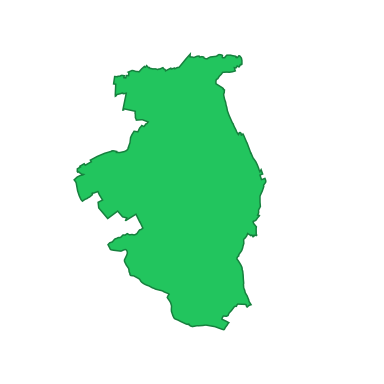 Craciunesti, Mures, Romania (Natural Earth projection), rotated 334°
{"feature_id": "2599482B86140675051410", "entity_name": "Craciunesti", "entity_type": "district", "adm_level": 2, "iso_a3": "ROU", "parent_name": "Romania", "parent_adm1": "Mures", "projection": "natural_earth1", "projection_center": [24.571, 46.464], "detail": "fine", "context": "isolated", "style": "filled", "palette": "green", "viewbox_px": 384, "rotation_deg": 334, "n_neighbors": 0, "source": "geoboundaries", "source_scale": "gbopen_adm2", "svg_char_len": 5993}
<svg xmlns="http://www.w3.org/2000/svg" viewBox="0 0 384 384"><g transform="rotate(334 192 192)"><path d="M195.7,319.2L195.3,315.6L195.4,314.9L195.7,313.8L195.8,311.8L196.0,309.7L195.7,305.8L196.3,303.3L196.4,301.0L197.7,297.7L198.5,296.6L200.0,292.7L201.6,288.9L202.9,285.3L203.1,283.5L203.7,282.4L203.9,280.9L203.9,278.8L203.5,274.4L203.0,271.9L203.6,271.0L204.1,270.5L204.8,270.2L206.1,269.9L206.1,269.5L206.3,269.0L210.9,266.5L212.8,264.7L214.4,262.7L216.0,261.0L217.5,257.5L218.8,256.7L219.1,256.8L219.7,256.6L221.4,255.7L222.1,255.3L223.8,253.7L225.4,256.2L225.4,256.5L225.6,256.9L225.9,257.1L226.5,256.8L227.4,257.7L228.3,258.0L227.1,258.8L227.2,259.0L228.3,258.9L228.7,258.4L229.6,258.5L230.9,259.4L231.1,259.3L231.3,258.8L231.1,258.4L231.2,258.1L233.7,252.8L234.6,251.5L234.1,249.7L234.0,248.9L233.7,248.0L233.7,246.2L234.0,245.3L234.4,245.2L235.7,245.5L237.3,245.3L239.5,244.0L242.1,242.9L242.3,242.7L240.9,241.5L241.6,241.0L242.9,239.7L243.9,237.4L247.1,235.0L248.6,231.1L251.0,226.1L251.6,225.2L255.5,222.0L258.9,218.6L259.1,217.8L259.4,217.2L262.4,215.6L263.1,214.6L263.3,213.8L263.5,212.5L263.5,211.7L261.2,211.6L259.9,211.3L260.5,206.6L263.4,206.8L263.9,202.2L261.9,203.5L262.0,201.6L262.3,199.9L262.6,196.1L262.6,192.5L261.8,187.9L262.1,182.8L261.8,182.8L262.0,181.9L263.0,171.9L262.9,171.3L263.3,163.4L263.2,162.2L262.2,162.6L261.3,162.5L261.2,162.3L261.8,161.0L261.7,160.3L261.3,159.6L260.5,159.4L260.0,160.0L258.9,160.7L258.5,157.9L258.7,155.2L258.6,152.0L258.7,149.7L258.9,149.0L258.6,147.5L258.9,139.5L259.4,134.6L260.4,131.0L260.7,129.0L261.6,125.9L261.9,123.1L262.8,119.3L263.5,117.6L264.4,117.0L265.9,114.5L265.1,113.4L265.1,113.2L265.5,112.8L265.0,111.7L261.0,105.2L262.0,103.0L262.9,101.8L263.5,101.5L264.8,101.5L267.3,99.9L270.0,99.0L272.0,97.9L275.7,99.4L278.0,100.7L280.8,101.6L283.6,102.1L284.0,102.1L284.0,101.6L284.6,98.8L285.9,99.7L287.1,99.1L287.6,98.6L287.9,98.6L288.1,98.8L288.8,100.0L289.2,100.2L289.6,100.1L290.7,99.0L291.6,99.2L291.8,98.8L292.1,98.7L292.7,99.1L292.9,99.0L293.4,98.0L294.5,95.7L295.1,93.4L295.0,92.6L294.6,90.8L294.2,90.3L293.9,90.1L293.7,90.2L291.7,91.1L291.2,90.9L290.6,90.4L291.1,89.9L291.0,89.6L290.5,88.9L288.4,87.4L286.6,85.9L285.9,85.5L283.3,84.3L281.7,84.8L280.6,85.5L280.4,85.3L279.8,85.5L278.5,84.8L278.3,84.6L278.3,84.0L279.0,83.2L279.2,82.6L279.0,82.2L278.1,81.3L276.5,80.3L274.6,80.4L273.9,80.7L273.1,80.6L267.7,78.7L264.9,78.7L264.3,79.0L263.1,78.5L261.6,77.1L261.7,75.9L261.5,75.7L260.7,75.0L259.6,74.4L258.5,74.3L258.0,74.0L257.9,73.8L258.1,73.2L257.9,72.9L256.1,72.2L253.1,72.0L252.4,71.8L251.8,71.1L249.5,69.7L249.8,69.0L250.8,67.3L245.2,69.6L235.0,74.3L233.4,73.7L230.6,73.7L230.6,72.9L227.3,72.4L227.1,72.1L227.2,71.4L221.3,71.5L221.5,70.1L220.6,68.9L220.4,67.5L220.1,67.4L217.3,67.4L215.9,66.9L214.8,66.9L213.3,65.4L210.6,64.1L209.2,62.9L208.5,62.6L208.2,61.4L207.4,61.2L206.6,58.5L205.2,59.3L204.6,59.3L204.3,58.9L204.2,58.3L200.6,59.3L197.0,60.8L196.3,60.1L194.3,59.0L192.6,57.3L191.4,56.5L187.2,56.3L187.6,56.9L187.5,57.1L186.0,59.6L184.0,58.5L182.5,60.4L180.9,59.4L182.1,57.8L180.4,56.6L179.5,56.2L178.0,56.3L176.1,55.5L175.5,55.7L173.1,54.3L168.9,60.5L170.7,61.7L165.7,70.9L165.1,72.3L166.2,72.2L166.2,71.6L166.9,71.4L171.5,72.4L172.4,72.4L173.1,72.7L173.1,73.3L173.6,73.7L176.2,74.4L165.8,88.0L166.5,88.3L167.1,87.4L167.3,87.4L176.2,94.4L176.4,94.7L175.4,96.1L175.1,97.4L173.7,100.4L173.7,101.9L173.5,103.0L179.0,105.2L183.3,109.8L181.6,110.7L181.0,110.9L180.5,110.6L179.9,110.7L179.3,111.3L177.5,112.1L176.0,110.2L175.2,110.7L173.1,111.5L172.3,112.1L169.7,114.2L166.6,112.0L163.2,114.1L160.7,116.1L157.9,120.5L154.2,124.1L154.4,124.3L153.3,125.2L151.4,126.0L149.0,126.0L144.4,124.9L141.4,123.3L142.1,122.6L139.7,120.7L138.2,119.9L137.9,120.2L130.4,118.9L122.4,118.5L114.6,118.8L114.8,120.7L107.8,121.1L107.5,119.3L102.5,119.7L102.7,120.6L99.1,120.9L97.9,123.2L98.0,124.1L99.0,124.1L99.2,125.2L100.1,126.3L100.5,127.5L102.2,128.7L101.4,128.8L98.6,128.2L95.4,128.2L91.4,129.4L91.8,131.3L91.9,132.2L91.9,133.0L89.7,140.8L89.0,145.8L88.9,149.6L89.0,150.5L89.5,152.2L92.7,151.7L94.8,151.9L96.1,151.6L97.8,151.6L99.2,151.2L100.6,151.0L101.5,150.4L101.7,149.9L101.6,149.5L101.9,149.3L103.3,149.9L107.6,150.3L107.5,153.9L108.1,160.0L103.1,160.1L101.2,165.4L104.6,178.9L116.8,176.6L118.7,183.9L122.0,186.6L119.9,188.4L120.1,188.6L131.9,187.4L131.9,195.0L131.9,196.0L132.1,196.0L132.0,202.9L130.0,203.4L128.3,203.1L126.8,203.8L124.6,205.1L124.0,205.3L122.2,205.4L121.1,205.2L119.5,203.9L117.1,203.1L116.1,202.0L115.9,201.3L115.5,201.0L113.1,201.4L111.2,200.4L110.4,200.6L108.7,201.3L107.3,201.4L105.7,200.6L104.0,200.7L102.4,200.4L101.3,200.7L98.6,201.9L95.8,201.6L93.4,202.5L93.5,205.6L93.5,207.8L94.0,208.5L96.3,210.2L101.9,213.8L102.8,214.1L105.0,214.1L106.7,214.4L107.3,214.8L107.5,215.3L107.7,216.1L107.6,217.3L107.0,218.7L105.7,220.1L101.9,223.1L101.4,223.6L100.9,225.0L100.9,228.9L101.5,232.7L101.3,234.0L100.5,236.2L100.5,237.9L100.1,238.9L100.2,240.0L101.6,241.1L102.5,241.5L102.9,241.9L105.5,245.5L106.7,247.4L106.9,249.8L107.2,250.9L108.2,252.9L109.4,254.6L110.6,256.0L112.2,257.6L114.4,260.8L115.6,261.9L116.5,263.2L122.1,267.9L123.1,269.5L126.3,273.1L126.6,273.8L124.6,275.0L123.5,276.0L124.2,280.8L124.2,282.4L123.8,284.8L123.6,285.6L121.9,288.6L121.2,290.3L120.6,294.8L120.6,297.1L120.8,298.1L121.2,298.7L123.3,301.0L125.2,303.6L128.7,307.9L129.5,308.7L130.0,309.0L130.5,308.9L131.3,309.4L131.4,309.6L131.3,309.8L131.0,310.0L131.6,311.0L131.8,311.2L131.8,311.7L132.2,311.9L133.2,313.0L133.5,313.2L138.0,314.4L139.0,315.0L143.4,316.8L145.2,317.3L146.6,318.0L153.6,323.1L158.9,328.6L160.2,329.7L160.6,329.7L161.4,329.3L162.5,328.4L165.3,327.0L166.9,325.9L167.8,325.6L166.2,323.3L163.1,319.4L163.3,319.0L165.5,317.3L165.8,317.2L168.5,318.8L170.3,318.8L170.8,318.2L172.4,317.0L175.4,315.9L179.5,313.8L180.5,313.6L181.8,314.2L182.8,313.3L184.0,312.8L190.5,316.3L191.2,316.9L190.9,318.3L191.0,319.4L191.2,319.6L193.1,319.0L194.2,319.0L195.7,319.2Z" fill="#22c55e" stroke="#15803d" stroke-width="1.5"/></g></svg>